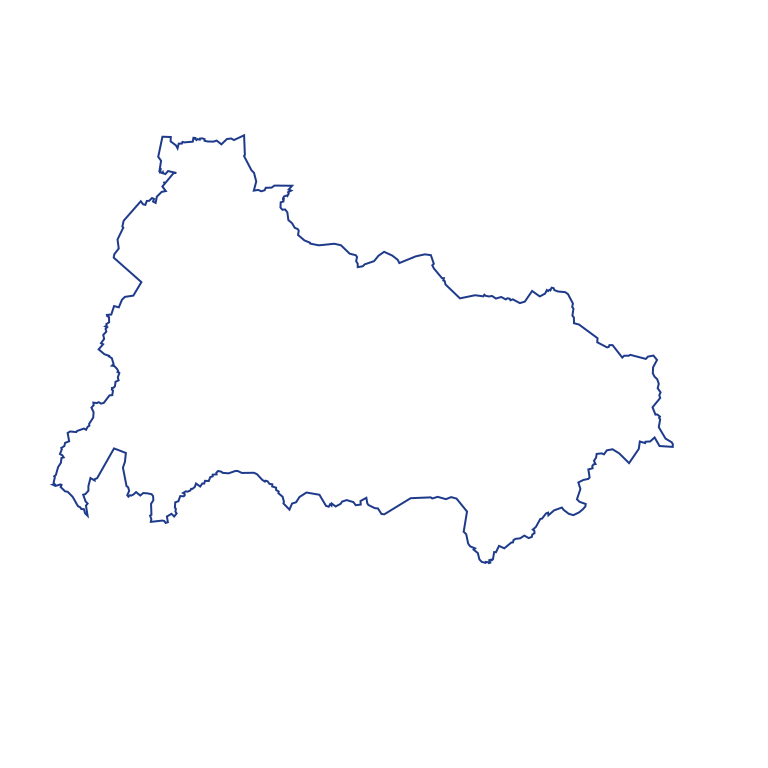 the district of Ario, Michoacán, Mexico, rotated 285°
{"feature_id": "50627088B27695640729090", "entity_name": "Ario", "entity_type": "district", "adm_level": 2, "iso_a3": "MEX", "parent_name": "Mexico", "parent_adm1": "Michoacán", "projection": "natural_earth1", "projection_center": [-101.712, 19.129], "detail": "fine", "context": "isolated", "style": "outline", "palette": "blue", "viewbox_px": 768, "rotation_deg": 285, "n_neighbors": 0, "source": "geoboundaries", "source_scale": "gbopen_adm2", "svg_char_len": 6106}
<svg xmlns="http://www.w3.org/2000/svg" viewBox="0 0 768 768"><g transform="rotate(285 384 384)"><path d="M477.9,641.5L481.2,636.9L478.8,631.9L476.0,630.4L475.9,614.3L474.6,613.0L473.5,608.7L471.2,607.3L480.7,594.7L479.9,591.7L478.0,591.5L477.1,590.0L479.5,579.2L483.5,578.4L491.9,557.0L491.9,551.8L497.4,550.2L498.8,548.3L505.8,547.5L507.1,545.9L510.7,545.6L518.5,538.4L519.6,535.3L518.4,528.1L518.8,524.2L520.5,523.0L520.4,521.0L517.5,520.5L517.8,519.4L516.2,518.4L516.9,517.0L513.0,516.2L508.9,511.8L512.2,503.0L500.0,498.7L497.3,494.3L499.1,486.5L497.6,484.5L498.9,483.4L498.8,481.1L497.2,479.7L498.4,474.7L495.5,470.0L497.0,465.6L495.7,462.6L495.5,459.4L496.2,457.8L494.4,457.3L493.3,449.0L486.4,435.2L496.0,417.7L499.2,415.9L499.3,414.5L501.7,414.5L501.2,412.7L508.5,402.3L511.2,399.9L513.0,401.0L520.6,395.9L519.8,389.9L515.5,381.6L504.8,367.5L507.5,365.1L510.2,358.7L511.7,349.9L506.5,345.5L500.1,342.6L494.6,334.4L492.2,333.0L490.1,328.4L493.5,327.4L495.4,325.3L499.7,325.1L501.1,323.4L501.0,317.1L506.9,306.5L506.6,299.7L501.1,285.2L500.5,276.4L501.3,276.0L502.1,270.0L505.7,262.4L509.9,262.0L511.3,260.6L511.8,257.3L515.5,253.6L517.6,249.2L524.8,246.2L527.0,243.3L526.0,240.8L527.7,238.3L532.8,237.2L534.2,239.6L536.7,239.3L536.4,238.6L537.2,238.4L539.3,238.9L541.0,241.4L540.6,242.0L543.2,242.7L544.4,241.7L546.8,244.3L547.1,241.6L551.7,243.9L547.3,226.8L544.6,224.6L542.9,219.0L540.3,218.6L538.4,215.6L538.9,212.2L537.1,208.2L546.5,208.2L554.3,203.8L556.2,200.6L568.0,189.8L569.3,190.3L588.0,184.5L580.8,175.9L581.6,172.9L580.0,168.9L573.4,164.9L575.8,159.4L574.0,156.6L572.6,150.9L572.5,147.7L574.1,147.3L574.2,144.8L573.4,142.7L572.3,142.8L572.3,140.3L571.1,139.8L571.9,138.0L572.8,138.0L572.5,136.2L568.6,136.6L565.6,128.3L565.7,126.7L563.9,126.5L563.1,123.5L558.2,123.6L560.7,121.2L563.1,115.1L567.4,114.1L565.5,106.0L545.0,107.1L541.9,110.9L530.5,112.1L534.8,112.6L530.3,112.9L530.7,114.6L529.6,114.6L531.5,115.5L530.4,116.1L530.2,118.5L533.8,120.3L534.1,128.8L533.2,126.1L521.2,120.6L522.1,118.6L521.0,120.5L517.4,118.8L513.9,123.3L512.0,119.5L506.2,116.1L499.8,116.5L500.5,113.7L503.2,114.0L503.6,111.8L500.2,109.8L499.4,107.5L495.3,107.1L495.2,104.8L497.6,101.8L474.4,90.3L468.4,90.5L467.6,91.7L454.6,89.2L446.2,92.7L439.5,89.9L436.1,90.2L419.6,123.3L404.5,119.0L401.1,111.2L397.6,109.1L389.4,108.0L389.4,103.1L380.5,102.6L379.0,98.5L377.9,99.1L377.4,101.1L372.5,102.5L370.0,100.3L368.6,101.0L367.5,99.9L367.2,101.9L365.2,100.8L362.6,102.2L358.8,100.1L355.1,102.0L350.2,100.1L349.7,102.4L343.6,99.4L340.4,106.2L340.1,111.1L339.5,111.0L338.5,114.4L333.2,117.7L331.3,116.5L331.6,118.8L329.5,122.2L327.4,124.1L326.6,123.6L326.1,125.5L321.4,125.2L318.8,126.7L316.7,124.1L312.2,124.7L310.4,123.8L309.8,122.3L308.1,122.6L307.6,123.9L302.9,124.4L302.0,121.8L293.2,118.2L291.8,115.7L292.6,113.2L291.2,111.4L290.8,108.1L288.2,109.0L285.5,107.5L281.6,110.8L276.3,111.8L269.1,109.5L267.5,110.2L265.7,108.7L262.7,108.1L263.3,105.7L259.2,99.7L257.9,99.2L256.9,93.1L254.8,91.1L247.2,94.7L244.6,91.2L241.3,91.3L238.7,88.8L237.5,89.7L232.5,89.1L231.8,91.9L230.2,93.6L229.0,91.6L224.3,92.3L219.4,90.7L211.2,90.6L209.5,89.3L208.8,90.2L203.0,90.4L201.9,92.0L201.0,90.2L200.5,93.1L203.3,97.5L203.0,98.7L200.8,98.3L197.8,103.7L198.0,106.4L194.4,112.5L186.8,120.0L186.2,122.7L184.9,123.9L185.4,126.5L181.7,128.8L180.0,131.8L189.4,127.6L191.8,128.7L193.4,126.1L199.2,122.1L200.4,124.1L204.4,126.1L208.9,124.9L217.2,124.8L215.9,129.5L217.1,129.2L218.8,131.3L251.9,139.9L250.6,152.5L241.8,153.9L235.6,153.5L218.8,161.7L218.0,163.6L214.8,165.5L210.1,164.8L209.0,166.3L210.8,167.4L210.8,168.8L212.6,170.7L215.4,172.5L213.2,177.4L216.3,179.6L217.1,183.4L217.4,188.0L215.9,190.0L212.0,191.3L208.0,190.0L197.5,193.2L196.3,192.1L193.4,194.2L190.5,194.5L194.7,205.2L194.8,207.2L193.3,209.0L194.6,211.0L199.8,208.6L203.6,212.3L201.7,215.6L205.3,217.2L206.7,215.6L209.7,215.2L210.4,214.0L215.7,213.0L217.5,215.7L223.0,216.2L223.7,219.6L224.8,220.3L226.2,219.9L226.7,218.1L229.0,220.3L229.2,222.2L231.0,224.5L232.8,224.8L233.1,226.1L235.7,227.9L239.2,228.2L237.4,233.0L240.8,234.2L241.3,236.1L244.2,236.2L244.9,239.8L249.1,240.3L250.4,242.4L252.1,242.0L253.4,245.7L254.9,245.0L257.0,246.2L257.2,249.7L256.4,251.1L257.5,257.0L261.6,263.1L262.1,265.2L261.3,269.7L264.6,281.4L264.0,284.7L259.9,291.2L258.9,294.2L259.9,294.5L259.9,296.7L257.9,299.2L258.2,302.1L256.1,302.5L255.9,306.6L253.6,307.3L252.9,310.1L251.2,310.2L248.9,315.2L244.4,317.8L242.6,317.8L238.2,325.2L244.7,326.1L247.0,329.7L253.0,331.6L259.1,337.2L260.3,350.3L251.2,359.6L251.3,362.0L250.4,362.2L254.0,363.1L253.0,364.7L255.0,364.5L253.2,369.0L256.9,373.0L259.6,374.0L262.2,378.0L262.0,385.0L259.6,388.1L261.5,392.7L264.9,391.6L269.5,396.4L264.3,398.8L263.1,400.3L261.7,407.2L262.2,410.4L257.8,415.2L258.2,418.0L280.6,439.3L286.6,458.5L285.9,460.2L288.9,465.1L288.8,473.6L292.1,478.1L292.1,483.7L282.3,497.2L261.9,499.2L260.2,502.3L251.6,506.6L249.5,509.2L248.8,514.5L247.2,513.4L245.0,518.4L239.3,521.5L237.5,524.4L237.5,528.3L238.5,528.3L238.8,530.6L238.1,531.6L239.0,532.9L241.0,531.3L242.1,532.8L241.6,533.7L242.9,534.6L250.2,533.9L250.5,535.7L257.4,537.0L256.4,542.7L263.8,548.0L264.4,549.6L266.8,549.5L268.5,551.2L270.2,555.5L273.9,558.8L272.6,563.6L274.6,566.4L276.9,566.2L278.9,568.0L281.3,567.1L281.9,565.4L285.2,567.7L294.1,569.9L294.9,571.5L300.9,574.0L302.2,575.8L299.7,576.8L306.0,581.0L310.7,587.8L308.9,590.1L306.5,595.9L306.3,600.8L310.5,605.7L314.8,608.7L317.8,610.2L320.3,609.9L320.8,603.4L322.6,600.2L333.4,600.9L339.2,597.2L342.9,601.4L345.2,605.9L346.9,606.8L354.4,603.5L356.6,607.3L358.7,606.4L360.6,607.2L361.4,609.0L364.1,606.7L367.8,607.9L371.5,607.5L373.3,612.1L372.9,615.5L373.0,614.7L377.6,616.4L380.1,621.6L377.9,629.1L371.0,641.2L387.3,646.9L394.7,646.0L394.5,651.5L395.9,651.5L397.4,656.0L402.4,659.2L395.4,666.2L398.0,679.2L400.6,678.6L402.2,676.9L404.1,670.1L413.4,660.6L421.3,659.9L422.4,658.5L423.9,659.0L425.3,655.8L424.7,654.1L431.0,649.4L442.0,654.4L444.4,652.8L447.5,653.3L450.8,649.4L455.3,649.4L459.4,646.6L461.1,643.4L463.9,640.9L469.8,639.6L477.9,641.5Z" fill="none" stroke="#1e3a8a" stroke-width="2"/></g></svg>